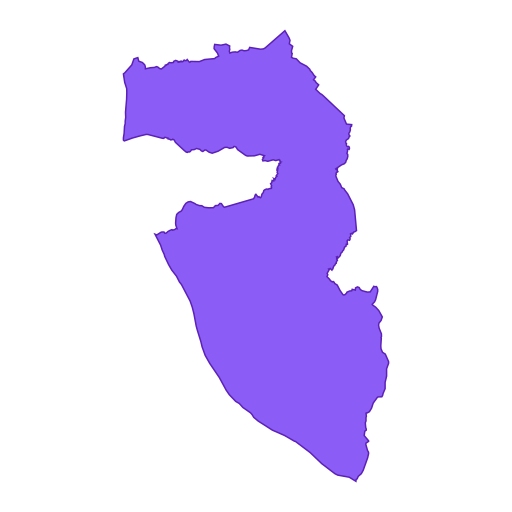 Nong Wua So, Nong Bua Lam Phu, Thailand (Natural Earth projection)
{"feature_id": "78962969B8714303156846", "entity_name": "Nong Wua So", "entity_type": "district", "adm_level": 2, "iso_a3": "THA", "parent_name": "Thailand", "parent_adm1": "Nong Bua Lam Phu", "projection": "natural_earth1", "projection_center": [102.601, 17.184], "detail": "fine", "context": "isolated", "style": "filled", "palette": "violet", "viewbox_px": 512, "rotation_deg": 0, "n_neighbors": 0, "source": "geoboundaries", "source_scale": "gbopen_adm2", "svg_char_len": 6028}
<svg xmlns="http://www.w3.org/2000/svg" viewBox="0 0 512 512"><path d="M386.6,376.1L386.6,368.8L388.6,363.3L388.6,361.7L385.3,354.1L382.5,352.3L381.0,348.7L380.8,345.9L381.3,338.2L381.0,337.7L381.5,336.4L381.4,333.8L379.1,328.1L378.6,325.2L378.9,323.2L381.1,320.4L382.3,316.9L378.8,310.6L375.7,307.2L372.6,305.0L372.2,304.3L374.6,301.8L375.6,299.7L377.7,291.4L377.7,289.3L376.8,287.0L376.2,286.5L375.0,286.8L373.8,286.3L370.2,291.9L367.4,292.1L362.1,290.7L360.3,289.5L359.1,287.5L357.4,286.9L355.5,287.9L355.3,290.1L352.2,289.3L351.7,290.8L349.6,291.0L346.9,292.2L346.5,293.2L344.9,294.7L343.8,295.0L342.9,294.6L340.0,290.4L337.2,285.0L334.7,283.5L334.2,282.3L333.1,281.5L332.3,281.9L330.4,280.6L329.7,279.4L326.9,276.6L327.8,274.8L327.1,273.4L329.0,270.1L328.6,269.0L329.2,268.9L329.3,269.5L330.2,268.5L331.9,270.1L332.2,269.4L332.9,268.9L333.1,267.7L333.7,267.4L333.3,267.4L333.7,266.2L334.8,265.2L335.7,263.4L336.2,263.3L336.5,261.5L337.4,260.4L336.7,259.3L336.7,258.6L337.4,258.8L337.9,258.1L337.1,258.1L336.5,256.9L337.3,256.6L337.5,257.3L338.4,257.5L339.5,256.6L340.3,255.4L340.9,253.1L341.9,252.4L342.9,250.6L343.6,250.0L344.6,247.0L345.9,246.4L346.3,244.3L347.1,244.5L347.5,244.2L347.1,240.9L348.0,239.8L349.4,240.3L349.9,239.7L350.1,238.7L349.6,237.5L350.8,236.5L350.5,233.8L352.2,233.2L352.1,233.9L352.4,234.0L353.8,232.0L354.9,231.7L356.5,230.6L354.6,209.8L353.2,204.7L347.7,193.9L344.7,190.0L344.1,188.8L341.7,187.6L340.3,184.2L338.0,181.4L336.0,176.5L335.8,175.2L336.3,174.3L336.0,173.5L336.3,172.8L336.7,172.2L337.6,172.0L337.9,171.4L337.2,170.7L337.3,169.8L336.9,169.6L337.1,169.2L336.0,169.4L335.7,168.9L341.5,164.9L344.4,163.7L345.8,162.1L346.1,160.6L347.2,158.8L347.8,156.4L347.7,154.4L346.9,153.5L347.6,150.8L347.4,149.4L347.9,149.0L349.1,149.4L349.5,148.2L349.2,147.0L348.6,146.4L347.5,146.7L346.8,146.1L346.3,144.9L346.5,143.6L346.0,143.3L345.6,141.6L346.4,140.0L348.5,138.6L349.3,136.5L349.9,136.0L348.9,134.6L348.8,133.4L349.7,132.1L350.4,129.9L350.2,128.7L350.6,127.0L350.8,126.4L351.5,126.2L351.7,124.6L346.5,124.1L343.9,118.0L344.4,115.7L323.3,95.8L321.7,94.4L320.2,93.6L315.7,89.3L318.7,84.9L315.8,82.3L315.5,81.3L313.5,79.8L315.7,76.9L314.1,75.5L312.2,72.6L310.2,70.4L309.8,69.3L306.6,66.2L300.1,62.8L296.3,58.8L293.0,58.2L291.5,57.3L292.2,53.4L291.6,53.0L291.5,50.7L292.7,46.3L289.3,43.8L290.0,40.3L289.0,37.8L284.9,30.7L265.2,47.9L263.4,48.9L260.6,49.2L249.7,47.4L248.6,49.9L246.5,50.6L244.1,50.8L242.0,50.1L240.2,50.4L237.4,52.3L235.3,51.9L232.1,52.2L229.9,53.1L229.3,51.2L229.8,49.4L229.5,47.9L229.7,46.0L226.0,44.1L221.0,45.2L214.7,44.4L214.2,46.7L214.1,48.7L217.4,53.0L218.7,56.1L215.8,57.5L214.6,58.6L204.7,59.5L199.3,61.6L190.7,61.4L189.8,62.3L189.0,61.8L187.2,59.5L186.4,60.5L185.3,60.7L184.4,60.1L183.6,60.4L183.8,60.8L182.9,61.5L182.1,61.8L181.3,61.2L180.9,61.7L180.3,61.3L179.7,62.0L179.1,61.6L178.5,62.2L178.1,62.2L177.8,61.2L175.7,60.4L173.8,61.3L173.4,62.5L170.9,62.8L169.4,62.5L168.1,63.5L167.9,64.3L166.4,64.7L166.2,65.2L165.3,65.1L164.9,66.2L161.3,69.0L159.7,68.6L157.9,67.1L156.5,66.6L154.5,67.4L150.5,67.7L145.4,68.8L145.3,66.6L144.7,64.8L142.4,62.5L138.8,61.2L137.8,57.6L133.9,58.9L131.8,64.9L124.8,72.8L123.4,73.9L124.7,82.4L126.7,88.6L126.8,92.4L126.6,99.2L125.5,112.3L125.7,117.4L125.2,121.0L125.2,123.6L124.5,126.4L124.1,133.5L123.4,137.8L123.4,140.1L123.7,140.5L124.4,140.9L132.5,138.0L140.4,135.8L146.3,134.4L148.0,134.5L162.5,138.3L163.8,138.4L164.5,137.4L165.8,137.4L166.9,138.0L167.9,138.0L168.0,138.9L169.6,139.2L170.6,139.9L172.2,139.7L172.8,139.2L174.2,140.0L175.4,142.3L184.0,150.3L186.2,152.1L187.5,152.4L188.2,151.8L189.2,152.0L190.3,151.5L191.5,149.8L194.2,149.6L196.5,148.5L199.8,149.3L201.4,150.9L202.8,151.5L204.9,150.0L206.1,150.1L209.1,152.2L212.2,153.2L218.1,151.2L224.7,147.4L227.1,147.3L229.6,148.3L233.1,147.6L233.7,146.6L234.5,146.5L236.0,147.0L237.6,149.6L245.5,155.3L247.2,156.0L254.5,155.8L259.8,154.3L264.5,155.7L263.5,156.8L263.7,157.5L263.0,157.6L263.2,158.5L262.4,159.5L262.9,160.9L265.1,160.6L267.8,161.3L273.2,159.8L275.8,160.6L279.0,159.6L279.2,160.2L280.0,160.4L280.0,161.7L280.9,162.0L280.2,162.4L280.4,163.2L279.0,163.5L279.5,165.0L278.6,165.1L278.0,166.8L277.4,167.3L277.9,168.8L277.1,168.8L276.9,170.2L277.6,170.7L277.1,172.3L277.8,173.6L276.3,175.6L276.9,176.3L276.0,176.9L275.1,179.0L274.0,178.6L274.8,179.7L273.7,179.9L273.7,180.9L272.1,180.5L271.7,182.8L270.6,183.6L271.6,185.6L271.2,186.3L271.6,187.2L271.0,188.0L271.2,188.4L269.0,188.7L268.0,189.4L267.1,189.0L266.2,189.1L264.4,190.0L263.8,190.6L263.3,192.5L261.9,194.2L261.4,196.4L260.6,197.7L259.5,197.3L259.0,196.6L258.1,197.1L255.9,194.3L255.1,195.1L254.6,197.1L253.5,198.8L224.3,207.3L222.9,205.9L221.4,203.6L219.9,203.4L218.1,205.4L215.4,205.6L213.4,207.7L208.8,207.8L204.3,207.3L201.8,205.7L199.5,205.6L196.2,204.5L194.8,203.5L190.5,201.5L188.1,201.9L185.8,203.4L183.8,206.3L182.4,209.4L181.3,211.0L178.6,212.5L176.7,214.4L176.0,217.7L175.6,223.1L175.8,225.1L177.0,228.6L176.3,228.4L174.6,229.6L172.6,230.2L172.0,229.6L170.2,230.3L168.1,231.4L166.2,233.1L164.9,233.3L164.0,232.0L161.9,232.0L160.9,232.3L156.8,234.9L155.0,234.2L160.6,245.1L162.1,249.8L164.2,254.4L164.7,256.4L168.6,264.6L171.7,270.0L176.5,276.2L179.4,281.9L181.5,284.6L190.1,301.0L192.3,307.3L193.9,313.7L196.2,326.0L197.3,330.1L200.9,341.7L202.1,346.8L205.2,355.4L209.8,363.5L219.3,377.5L226.2,390.2L229.3,394.7L235.7,401.4L239.3,403.5L242.9,407.5L250.5,412.8L252.0,414.5L253.8,417.4L258.1,421.0L272.3,430.1L284.6,435.5L294.4,441.2L295.4,441.4L310.2,452.6L321.8,463.7L334.9,473.7L337.7,475.1L349.2,477.2L355.9,481.3L356.1,479.5L357.2,478.8L358.2,476.4L361.3,473.7L363.2,470.3L367.6,457.9L368.6,453.6L368.5,452.2L367.5,450.4L365.8,444.3L366.0,443.1L368.6,441.4L368.6,440.8L364.2,435.6L364.8,431.2L366.2,430.2L366.3,429.2L365.7,427.5L365.3,422.8L366.0,420.9L366.0,417.5L366.4,416.2L366.0,413.3L366.3,412.9L367.3,412.9L369.4,411.7L371.5,408.3L373.2,403.1L377.4,397.3L378.2,396.9L381.8,396.8L382.6,395.5L383.1,393.4L385.1,388.7L385.1,382.4L386.6,376.1Z" fill="#8b5cf6" stroke="#5b21b6" stroke-width="1.5"/></svg>